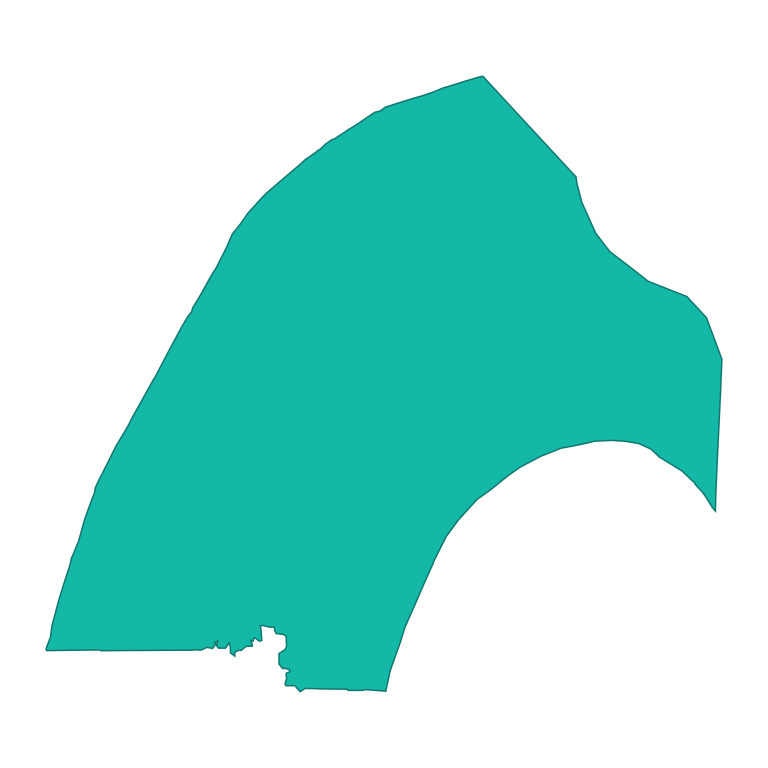 Lower Saloum, Central River, Gambia
{"feature_id": "56634734B70409077095290", "entity_name": "Lower Saloum", "entity_type": "district", "adm_level": 2, "iso_a3": "GMB", "parent_name": "Gambia", "parent_adm1": "Central River", "projection": "orthographic", "projection_center": [-15.38, 13.709], "detail": "fine", "context": "isolated", "style": "filled", "palette": "teal", "viewbox_px": 768, "rotation_deg": 0, "n_neighbors": 0, "source": "geoboundaries", "source_scale": "gbopen_adm2", "svg_char_len": 2469}
<svg xmlns="http://www.w3.org/2000/svg" viewBox="0 0 768 768"><path d="M715.4,511.1L715.9,491.7L717.4,457.5L719.2,420.2L720.8,387.0L720.9,381.9L721.3,374.5L721.9,359.3L706.5,317.8L698.4,309.0L687.4,297.1L686.9,296.6L648.0,281.2L634.9,270.9L626.0,264.0L609.9,251.7L603.6,243.5L600.0,238.8L595.6,233.0L590.4,221.4L581.9,202.5L578.6,189.9L577.0,184.1L576.0,176.9L573.1,173.8L506.7,102.1L482.9,76.3L480.5,76.7L478.9,77.1L466.6,80.7L450.2,85.9L443.1,88.0L432.9,92.2L421.0,96.2L415.0,97.8L407.4,100.2L403.0,101.5L385.5,107.1L380.0,111.1L374.8,112.3L366.8,117.6L355.7,125.2L349.7,128.8L333.4,139.5L332.0,139.5L325.2,144.3L320.4,149.1L318.1,150.3L315.3,152.7L305.3,159.6L300.1,164.4L290.6,172.4L287.6,175.0L285.4,176.9L266.5,193.1L262.5,197.1L248.2,212.8L240.7,223.6L232.3,234.1L226.4,247.7L219.3,261.7L216.0,268.2L212.5,273.4L203.8,289.0L201.9,292.5L198.7,298.1L192.8,307.7L191.6,311.7L187.6,316.9L182.1,326.2L168.9,350.7L154.4,378.4L153.6,379.3L131.4,419.1L128.4,425.3L115.7,446.6L107.8,462.6L98.6,480.7L95.4,487.5L94.3,493.5L91.5,500.3L84.7,519.2L78.6,541.1L73.0,554.7L72.6,555.7L71.4,558.3L69.5,566.7L67.5,572.4L59.5,597.6L52.0,625.7L50.4,637.4L46.1,648.6L46.5,650.6L47.1,650.6L99.3,649.9L100.9,650.7L164.0,650.3L192.9,650.2L194.1,649.8L200.9,650.1L203.7,648.9L207.3,647.3L212.4,648.5L216.0,644.1L214.8,642.5L217.6,640.9L216.8,646.1L218.4,648.1L225.6,648.1L229.2,642.9L230.4,647.3L230.4,652.9L234.8,656.1L234.8,652.1L239.5,650.1L241.1,650.5L245.9,646.5L248.1,646.3L252.3,646.1L252.3,644.5L250.7,640.4L253.1,641.2L253.9,638.0L255.1,638.0L259.4,641.2L261.8,640.4L261.0,629.6L260.2,625.6L263.4,625.6L270.2,627.2L274.6,627.2L274.6,630.4L276.2,633.6L283.7,634.4L286.1,636.4L286.6,646.4L285.0,649.6L279.0,653.6L279.0,656.8L279.0,664.1L282.6,668.5L286.2,668.5L289.8,670.1L289.8,671.7L286.2,673.3L286.2,675.7L286.6,678.5L285.0,684.1L286.2,685.7L295.0,685.7L298.6,690.1L300.2,691.7L304.9,688.5L310.9,688.5L311.2,688.5L320.5,688.9L347.2,689.2L348.0,690.4L362.7,690.4L365.5,689.6L384.9,691.1L385.8,691.2L390.2,670.7L400.5,641.8L404.9,627.4L415.2,604.1L425.1,581.2L432.7,564.4L434.6,559.6L446.0,536.9L446.1,536.7L458.3,520.0L477.4,499.1L490.5,489.9L508.4,475.4L520.4,467.0L541.1,456.1L545.8,454.3L560.4,448.5L561.4,448.1L570.5,446.5L574.4,445.7L586.5,443.2L588.4,442.7L594.4,441.2L611.6,440.4L624.7,441.2L638.7,443.5L651.0,449.1L659.4,457.1L682.2,471.1L695.1,483.4L695.1,484.2L703.1,493.0L707.1,499.0L712.3,507.4L715.4,511.1Z" fill="#14b8a6" stroke="#0f766e" stroke-width="1.5"/></svg>